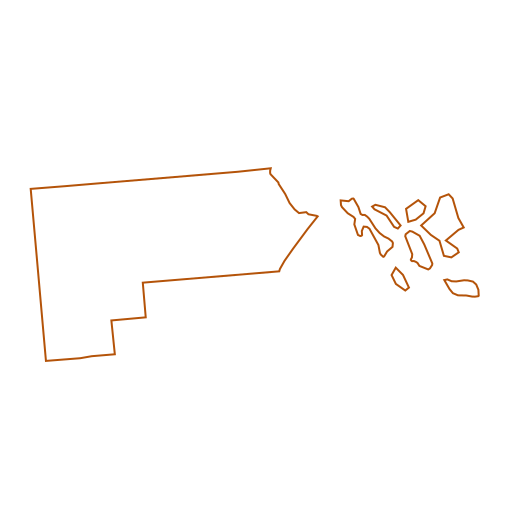 Ashland, Wisconsin, United States of America, rotated 85°
{"feature_id": "52423323B43219981502704", "entity_name": "Ashland", "entity_type": "district", "adm_level": 2, "iso_a3": "USA", "parent_name": "United States of America", "parent_adm1": "Wisconsin", "projection": "albers", "projection_center": [-90.631, 46.529], "detail": "fine", "context": "isolated", "style": "outline", "palette": "amber", "viewbox_px": 512, "rotation_deg": 85, "n_neighbors": 0, "source": "geoboundaries", "source_scale": "gbopen_adm2", "svg_char_len": 1921}
<svg xmlns="http://www.w3.org/2000/svg" viewBox="0 0 512 512"><g transform="rotate(85 256 256)"><path d="M342.2,474.4L342.5,439.9L341.5,428.4L341.6,405.2L307.6,405.7L307.5,371.2L272.7,371.1L273.3,234.2L271.0,233.3L263.3,228.0L251.9,218.4L233.6,202.2L221.9,191.1L221.3,192.0L219.0,200.1L216.7,202.1L217.0,209.4L212.9,213.5L206.2,217.9L196.8,221.5L186.3,227.1L184.7,227.3L175.8,234.4L174.6,234.7L172.3,234.5L169.9,233.7L170.5,266.8L169.9,405.4L169.8,439.9L169.5,474.6L238.3,474.5L342.2,474.4ZM211.3,58.7L213.8,67.5L229.0,74.3L240.0,88.8L250.2,80.0L256.8,71.9L272.2,68.8L274.4,61.5L270.0,53.7L266.1,54.9L257.1,65.5L247.6,52.0L245.7,46.6L235.8,51.1L215.8,55.1L211.3,58.7ZM207.2,154.1L207.3,155.6L209.5,158.9L208.0,166.8L212.7,166.9L214.8,166.1L221.4,160.9L225.6,155.4L227.7,154.0L233.1,155.3L243.9,152.6L245.2,150.4L245.0,149.1L244.4,148.5L240.3,148.4L236.1,146.2L236.7,142.9L238.7,140.6L255.7,133.1L263.7,132.3L265.4,131.6L267.9,129.3L267.6,128.4L262.9,125.0L258.8,119.2L255.0,118.5L253.4,119.1L250.2,122.5L247.7,126.7L243.9,130.8L238.9,134.6L228.8,139.9L226.5,141.8L224.6,144.0L224.4,146.4L223.2,148.1L216.2,149.7L207.5,153.7L207.2,154.1ZM245.3,98.2L244.5,100.6L247.4,105.0L249.3,105.6L267.8,100.2L271.1,100.8L272.2,101.6L273.3,102.1L274.2,101.6L274.7,101.0L274.8,99.1L275.8,97.2L277.0,95.7L280.1,94.1L284.4,85.6L283.5,83.8L280.3,81.3L278.8,81.0L259.1,87.4L250.1,91.2L245.3,98.2ZM296.0,67.4L296.4,70.5L305.8,66.1L310.2,63.1L312.8,58.2L313.7,49.8L315.3,44.1L315.6,41.3L315.4,38.1L315.0,37.6L309.0,37.4L303.6,39.1L300.4,42.1L298.8,47.1L298.3,50.8L298.8,58.8L298.2,63.3L296.0,67.4ZM221.2,82.7L214.5,89.5L222.1,102.4L235.2,101.3L233.7,93.7L228.1,85.4L221.2,82.7ZM279.8,117.8L286.8,122.6L296.0,119.1L303.4,110.3L300.8,106.4L287.7,111.2L279.8,117.8ZM215.4,132.6L216.9,136.0L219.8,133.9L227.1,122.4L239.0,115.9L241.0,112.3L238.2,109.3L224.0,118.9L218.7,123.2L215.4,132.6Z" fill="none" stroke="#b45309" stroke-width="2"/></g></svg>